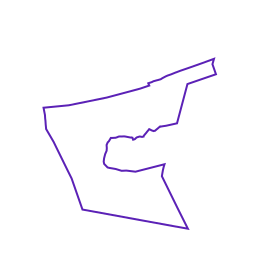 Burg al-Arab, Matruh, Egypt (Albers equal-area conic projection), rotated 17°
{"feature_id": "37247803B42052057109088", "entity_name": "Burg al-Arab", "entity_type": "district", "adm_level": 2, "iso_a3": "EGY", "parent_name": "Egypt", "parent_adm1": "Matruh", "projection": "albers", "projection_center": [29.569, 30.901], "detail": "fine", "context": "isolated", "style": "outline", "palette": "violet", "viewbox_px": 256, "rotation_deg": 17, "n_neighbors": 0, "source": "geoboundaries", "source_scale": "gbopen_adm2", "svg_char_len": 2152}
<svg xmlns="http://www.w3.org/2000/svg" viewBox="0 0 256 256"><g transform="rotate(17 128 128)"><path d="M167.3,212.4L202.3,208.3L203.7,208.1L214.7,206.8L198.7,190.0L174.5,164.2L174.1,161.3L173.7,158.0L173.5,154.6L173.5,152.0L147.9,167.6L138.9,169.2L134.4,170.8L128.3,170.8L125.8,171.1L122.0,171.6L120.0,171.7L115.7,169.3L114.6,167.3L114.0,164.0L113.8,159.6L114.2,156.0L113.6,153.4L112.5,150.5L112.8,147.7L113.6,146.2L114.5,142.5L115.3,142.3L118.3,141.2L118.7,141.1L119.0,140.9L119.5,140.6L120.3,140.0L120.6,139.8L121.1,139.3L121.4,139.1L121.5,139.0L121.7,138.9L122.3,138.6L124.7,137.9L125.7,137.5L127.1,137.1L127.3,137.0L127.6,137.0L128.2,136.9L133.1,136.4L133.9,136.1L134.3,136.0L134.6,136.1L135.1,136.0L135.5,136.6L135.6,136.8L136.3,137.7L136.9,137.3L137.2,137.1L137.6,136.8L137.9,136.5L138.1,136.2L138.2,135.9L138.4,135.6L138.6,135.2L139.0,134.6L139.2,134.4L139.9,133.9L141.1,133.1L141.5,132.8L141.8,132.7L142.4,132.6L143.3,132.5L143.5,132.5L143.9,132.4L144.3,132.3L144.5,132.2L145.2,131.7L145.4,131.6L145.3,131.2L145.4,130.8L145.5,130.4L146.2,128.9L146.2,128.7L146.7,127.7L147.3,126.1L148.0,124.4L148.3,123.8L148.6,122.9L149.0,122.9L149.9,123.1L151.5,123.4L151.8,123.4L152.0,123.4L152.7,123.4L153.1,123.5L153.2,123.4L153.3,123.4L153.9,123.1L154.5,122.9L155.1,122.0L155.8,120.9L156.5,119.9L157.1,118.9L157.2,118.7L157.7,118.0L157.9,117.7L158.1,117.4L158.2,117.5L158.3,117.4L158.6,117.3L159.1,117.0L159.2,116.9L162.3,115.4L163.6,114.8L164.5,114.3L173.5,109.2L173.4,106.6L172.0,68.6L188.1,56.9L196.4,50.9L190.1,42.3L190.0,36.7L180.5,43.9L169.4,52.1L166.1,54.5L161.4,57.9L157.8,60.7L157.3,61.0L157.1,61.2L154.4,63.4L153.4,64.2L150.5,66.3L149.0,67.6L147.7,68.9L147.5,69.1L146.5,70.1L145.7,71.0L145.5,71.3L144.9,71.9L143.8,72.6L142.6,73.4L141.4,74.1L139.4,75.4L138.7,75.8L137.4,77.1L136.0,78.1L134.8,78.9L134.3,79.3L135.9,81.2L128.1,86.8L98.8,105.1L64.7,123.6L41.3,133.3L44.8,139.9L45.7,142.3L46.0,143.1L46.8,144.9L46.9,145.1L48.3,148.8L49.9,152.6L49.9,152.8L51.6,154.4L56.7,159.1L58.2,160.5L60.9,163.0L61.1,163.2L65.1,167.5L83.2,186.8L88.7,192.6L88.8,192.7L108.3,219.3L166.5,212.5L167.3,212.4Z" fill="none" stroke="#5b21b6" stroke-width="2"/></g></svg>